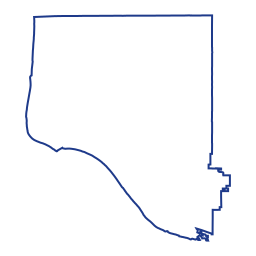 San Ignacio Río Muerto, Sonora, Mexico (Equal Earth projection)
{"feature_id": "50627088B1433623777217", "entity_name": "San Ignacio Río Muerto", "entity_type": "district", "adm_level": 2, "iso_a3": "MEX", "parent_name": "Mexico", "parent_adm1": "Sonora", "projection": "equal_earth", "projection_center": [-110.31, 27.326], "detail": "fine", "context": "isolated", "style": "outline", "palette": "blue", "viewbox_px": 256, "rotation_deg": 0, "n_neighbors": 0, "source": "geoboundaries", "source_scale": "gbopen_adm2", "svg_char_len": 5649}
<svg xmlns="http://www.w3.org/2000/svg" viewBox="0 0 256 256"><path d="M210.8,15.4L210.4,15.4L209.4,15.4L209.0,15.4L208.8,15.4L208.7,15.4L208.1,15.4L202.2,15.4L200.9,15.5L191.5,15.5L191.4,15.5L191.1,15.4L190.8,15.5L190.1,15.5L189.9,15.4L188.8,15.4L185.2,15.5L176.4,15.5L167.5,15.6L158.6,15.6L149.7,15.7L140.8,15.7L134.1,15.7L131.6,15.7L126.0,15.7L122.4,15.8L120.7,15.7L109.7,15.8L103.7,15.8L90.4,15.9L89.5,15.9L82.2,15.9L76.6,16.0L71.4,16.0L70.0,16.0L67.6,16.0L65.6,16.0L63.4,16.0L57.1,16.1L55.6,16.1L34.1,17.0L34.2,18.0L34.2,19.2L34.3,20.5L34.3,22.4L34.2,23.7L34.3,26.3L34.2,30.1L34.1,32.6L34.1,33.9L33.9,36.5L33.8,37.6L33.8,38.9L33.6,41.3L33.5,42.1L33.3,44.5L33.1,48.2L32.9,50.3L32.5,59.0L32.5,60.5L32.6,61.0L32.7,61.6L31.8,69.1L31.6,75.4L31.0,75.6L30.2,76.7L30.2,77.0L30.1,77.3L30.1,78.1L30.3,79.8L30.5,81.9L30.6,84.1L30.6,85.6L30.4,87.6L29.8,91.3L29.5,92.9L28.4,99.2L27.8,102.5L27.2,106.2L27.0,107.5L26.8,109.8L26.4,112.0L26.3,113.2L26.2,113.9L26.2,115.2L26.1,115.7L26.1,116.9L26.4,117.8L26.7,120.2L26.7,121.6L26.6,123.0L26.8,125.2L26.8,126.1L27.0,127.4L27.3,129.4L27.4,130.1L27.6,130.7L27.6,131.4L27.8,132.3L28.1,133.2L28.5,134.0L29.0,134.8L30.1,136.3L31.1,137.4L32.3,138.6L34.3,140.0L36.0,140.8L37.3,141.4L38.4,141.8L39.1,142.1L39.6,142.3L40.6,142.7L42.1,143.1L43.3,143.5L44.2,143.9L45.5,144.4L46.6,145.0L48.9,146.1L49.8,146.7L50.8,147.3L51.1,147.5L51.5,147.9L52.0,148.2L52.2,148.4L52.5,148.6L52.8,148.8L53.0,149.0L53.5,149.2L53.7,149.3L54.0,149.5L54.4,149.7L54.9,150.2L55.5,150.7L56.8,151.3L57.2,151.1L57.2,150.7L62.3,147.8L62.5,148.2L63.3,148.4L64.2,148.6L65.3,148.8L66.3,148.7L67.9,148.6L69.7,148.6L71.6,148.8L74.3,149.2L75.0,149.3L76.6,149.7L79.0,150.3L81.1,150.9L82.4,151.5L84.4,152.0L86.8,153.2L88.9,154.1L90.5,154.8L92.2,155.6L93.7,156.6L95.1,157.5L96.3,158.2L98.4,159.6L99.9,160.7L101.7,162.1L102.8,163.2L103.3,163.6L103.8,163.9L104.6,164.8L106.1,166.1L107.8,168.1L109.9,170.4L111.4,172.2L112.7,173.9L114.1,175.7L115.2,177.2L116.5,179.0L117.9,181.1L119.7,183.7L120.1,184.3L120.9,185.5L121.9,187.0L122.4,187.5L122.6,187.7L123.0,187.9L123.4,188.5L124.1,189.5L124.5,190.0L124.9,190.8L125.3,191.2L125.9,192.1L126.4,192.8L127.2,193.9L128.0,194.6L128.7,195.5L130.0,197.1L130.9,198.4L131.5,199.1L132.0,199.6L132.4,200.1L132.9,200.6L133.1,201.0L133.4,201.4L133.8,201.7L134.3,202.3L134.8,202.9L135.2,203.3L135.9,204.0L136.6,204.8L137.1,205.4L137.5,205.9L138.3,206.7L139.4,208.1L140.8,210.3L142.5,212.9L143.2,214.2L143.6,215.0L144.7,216.3L145.3,217.2L146.2,218.1L148.1,219.8L150.3,221.5L151.7,222.8L152.8,223.9L154.6,225.7L156.4,227.1L157.3,227.6L158.2,228.1L159.1,228.4L160.0,228.9L161.4,229.5L162.8,230.0L164.0,230.7L164.5,231.2L165.1,231.4L165.6,231.5L166.1,231.4L166.3,231.3L166.7,231.2L167.1,231.1L167.7,231.3L167.8,231.6L167.9,231.8L168.0,231.9L168.1,232.1L168.4,232.3L168.9,232.5L169.3,232.8L170.1,233.1L171.1,233.4L172.0,233.6L173.5,234.0L174.2,234.2L175.2,234.4L176.0,234.6L177.0,235.0L177.9,235.3L178.9,235.6L179.2,236.3L180.9,236.6L181.9,236.9L182.9,237.0L183.6,237.2L184.3,237.4L184.7,237.4L185.6,237.7L186.1,237.8L186.6,237.8L187.4,238.1L187.7,238.1L188.3,238.4L188.9,238.6L189.2,238.8L190.0,239.2L190.4,239.4L190.8,239.4L191.0,239.4L191.2,239.1L191.7,238.9L192.2,238.7L192.7,238.9L193.0,238.9L193.4,239.0L193.8,239.1L194.3,239.3L194.9,239.4L195.3,239.6L195.8,239.4L196.6,238.9L197.0,239.1L197.2,239.3L197.5,239.4L197.6,239.7L197.9,239.8L198.0,239.5L198.2,239.8L198.4,239.8L198.5,239.8L198.5,239.6L198.9,239.6L199.0,239.7L199.2,239.8L199.3,240.0L199.5,240.0L199.6,239.9L199.8,239.9L199.6,239.5L199.1,238.6L199.0,238.3L198.9,238.2L198.6,238.2L198.3,238.1L198.0,238.0L197.8,238.2L197.4,237.0L199.5,235.3L200.3,235.8L201.3,236.8L202.2,238.0L202.2,238.4L204.9,238.3L205.4,238.5L205.7,238.6L205.9,239.0L205.9,239.4L205.9,239.8L206.1,240.3L206.3,240.3L206.7,240.6L207.6,240.6L207.8,240.6L208.0,240.6L207.9,240.4L208.0,240.2L207.9,239.7L207.1,239.2L207.1,237.5L207.9,237.5L207.9,235.8L207.6,235.8L205.8,235.8L205.7,235.4L205.5,234.6L205.1,234.5L203.0,234.0L202.8,235.3L201.6,234.5L201.3,233.3L201.6,230.9L201.4,230.8L200.5,230.4L200.5,230.7L199.8,233.3L199.7,233.4L197.3,232.4L197.7,230.8L197.7,230.5L197.7,230.2L197.4,229.7L197.1,229.4L197.0,229.1L196.7,229.0L196.6,228.9L196.4,228.5L201.7,230.1L207.2,232.1L211.7,233.6L211.7,234.3L212.6,234.3L212.6,231.9L212.6,227.8L212.7,217.4L212.7,209.8L215.3,209.9L219.7,209.8L219.7,207.1L221.3,207.1L221.1,196.6L221.1,195.5L221.1,193.2L221.1,191.1L222.8,191.1L222.8,190.6L222.8,188.5L224.6,188.5L224.6,190.6L224.6,191.1L226.4,191.1L227.9,191.1L228.1,191.1L228.1,189.1L228.1,188.5L227.9,188.5L226.4,188.5L226.4,185.8L229.9,185.8L229.9,175.3L228.2,175.3L226.4,175.3L223.3,175.3L223.2,174.9L223.2,174.6L223.2,174.1L223.4,173.1L223.0,172.4L222.0,172.1L219.3,171.9L218.6,171.5L218.2,170.9L218.2,170.1L218.2,169.7L221.1,169.6L221.1,168.5L216.5,168.3L216.6,168.6L214.7,168.5L214.4,168.5L212.1,168.5L212.0,168.4L211.0,168.4L208.6,168.4L208.6,167.1L208.6,164.6L210.4,164.5L210.4,164.2L210.4,154.2L210.4,153.9L212.0,153.9L212.1,145.9L212.1,143.3L212.0,143.0L212.0,141.0L212.0,138.9L212.0,137.8L212.0,137.7L212.0,136.1L212.0,135.3L212.1,132.7L212.1,131.8L212.1,129.9L212.1,127.3L212.1,124.1L212.1,122.0L211.9,121.7L211.9,120.0L212.0,117.5L212.0,115.3L212.0,113.8L212.0,112.6L212.0,111.4L212.1,111.2L212.1,106.0L212.1,100.7L212.1,100.4L212.1,97.9L212.0,95.2L212.0,92.6L212.0,89.9L212.1,87.3L212.0,84.6L212.1,82.0L212.0,79.4L212.0,79.1L212.0,78.8L212.0,76.6L212.1,74.0L212.0,68.7L212.1,66.0L212.1,63.4L212.1,60.8L212.1,57.8L212.1,53.4L212.3,52.6L212.1,50.8L212.1,47.4L212.0,47.2L212.0,36.9L212.0,36.6L212.0,26.1L212.1,15.4L211.9,15.4L210.9,15.4L210.8,15.4Z" fill="none" stroke="#1e3a8a" stroke-width="2"/></svg>